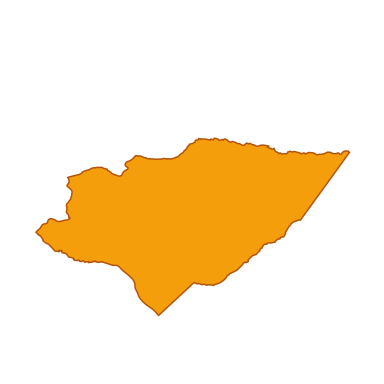 Cuando Cubango, Mercator projection, rotated 317°
{"feature_id": "AGO-1888", "entity_name": "Cuando Cubango", "entity_type": "Province", "adm_level": 1, "iso_a3": "AGO", "parent_name": "Angola", "parent_adm1": "", "projection": "mercator", "projection_center": [19.423, -15.802], "detail": "fine", "context": "isolated", "style": "filled", "palette": "amber", "viewbox_px": 384, "rotation_deg": 317, "n_neighbors": 0, "source": "natural_earth", "source_scale": "10m", "svg_char_len": 6011}
<svg xmlns="http://www.w3.org/2000/svg" viewBox="0 0 384 384"><g transform="rotate(317 192 192)"><path d="M276.0,206.2L277.8,208.4L279.3,210.7L277.9,210.7L278.3,211.3L278.7,213.0L279.5,213.9L279.7,215.5L281.1,215.9L281.7,216.2L281.7,216.7L281.3,217.3L280.9,218.0L280.7,218.8L280.7,219.5L281.8,221.9L281.7,222.9L281.8,223.2L282.6,223.3L283.1,223.6L283.4,224.9L283.6,225.5L287.2,228.4L287.7,228.6L288.0,228.6L289.1,228.3L289.3,228.1L290.0,228.6L291.1,228.8L291.5,229.2L291.8,229.8L292.9,231.4L293.8,231.7L294.2,231.9L294.5,232.3L297.5,237.0L297.9,238.2L298.3,238.8L298.9,239.1L300.2,239.5L300.7,240.1L300.8,241.2L301.0,241.6L301.7,241.7L304.2,242.7L304.8,243.2L306.6,245.2L307.4,246.3L308.0,247.5L308.5,249.5L308.8,250.1L309.4,250.6L310.7,251.2L312.3,252.7L313.4,253.5L315.9,254.6L317.8,255.1L318.4,255.4L320.2,257.3L320.4,257.8L320.7,258.9L321.5,260.2L322.5,261.4L323.5,262.2L325.3,262.9L325.7,263.4L325.9,264.1L325.8,265.4L326.3,265.9L327.0,266.1L329.1,265.7L330.4,265.8L331.6,266.3L332.5,266.9L333.3,267.9L334.2,268.7L333.9,269.3L333.9,269.8L334.2,270.4L297.2,277.7L253.0,286.3L252.2,286.5L252.0,286.4L251.3,285.5L250.1,284.9L247.7,284.1L245.9,283.1L245.2,282.9L243.5,283.0L242.9,282.9L242.2,283.0L241.5,283.3L240.8,283.5L240.1,283.2L232.5,285.3L232.0,286.4L230.6,286.7L229.4,287.2L228.3,287.3L227.4,286.4L226.2,285.8L225.5,285.6L225.2,286.0L224.9,286.2L224.2,286.1L223.5,285.8L223.2,285.4L222.6,285.0L221.1,284.9L219.5,285.0L218.4,285.3L217.9,285.0L216.7,284.1L215.3,283.4L213.2,281.3L212.2,280.9L211.1,281.2L209.5,279.8L209.0,279.6L207.1,279.9L206.6,279.6L205.2,280.8L204.2,280.4L203.1,280.4L202.2,280.6L201.6,281.2L201.3,280.8L200.7,281.1L200.1,281.2L199.0,281.2L196.6,281.4L194.8,280.8L193.2,279.9L186.7,279.9L186.5,280.1L185.8,281.2L185.1,281.1L183.3,280.4L183.0,280.1L182.6,279.3L181.8,279.1L180.8,279.2L178.5,279.7L171.4,279.8L164.9,277.9L164.2,277.4L162.4,277.6L160.7,277.3L159.8,277.5L158.4,278.0L155.0,278.2L149.6,277.2L145.9,275.4L144.3,275.0L143.8,274.5L142.9,273.4L140.6,270.9L139.4,270.3L139.0,269.9L138.8,269.5L138.5,268.4L136.3,266.6L135.8,266.3L135.7,265.8L134.2,263.1L133.1,262.7L133.1,262.3L132.4,260.6L131.9,260.2L131.7,259.6L83.4,259.5L83.5,252.3L81.6,242.9L81.2,238.6L81.3,235.7L81.6,233.0L82.1,231.5L83.8,227.4L84.7,223.8L87.3,220.6L88.0,219.4L88.5,218.1L89.1,215.6L88.9,210.4L87.8,202.1L87.7,196.7L87.3,195.4L86.7,194.1L86.0,193.4L84.1,191.6L78.8,182.1L77.7,181.1L75.4,179.5L74.7,178.5L74.2,176.5L73.4,176.8L73.1,176.4L72.7,175.5L72.4,175.3L71.1,175.3L69.1,173.6L68.3,173.2L68.3,172.9L68.9,172.4L67.5,171.4L67.1,171.0L66.0,170.3L65.6,170.2L65.6,169.9L65.8,169.4L65.6,168.3L65.3,167.8L64.0,167.5L63.4,167.1L62.9,166.6L62.7,166.1L62.9,165.1L62.9,164.7L61.6,164.2L59.8,162.1L59.4,161.4L59.3,160.7L59.5,160.4L60.1,160.0L60.2,159.7L59.9,159.4L59.7,158.6L59.2,157.9L58.8,157.2L57.9,156.1L57.6,155.4L57.6,154.5L57.9,152.1L57.8,151.1L57.3,150.2L55.8,148.2L55.6,147.8L56.4,146.1L56.8,146.0L56.7,145.7L55.9,145.2L54.2,145.0L54.8,144.1L53.7,143.9L52.7,143.2L51.9,142.4L51.5,141.4L51.5,137.9L51.6,136.9L51.5,134.6L51.6,133.0L51.3,131.9L50.6,130.6L50.4,130.0L49.8,126.2L49.9,125.7L50.0,125.5L50.5,125.3L50.6,125.0L50.9,122.6L51.2,121.1L50.4,118.2L50.4,117.8L50.7,117.1L50.7,116.5L50.3,115.3L51.1,114.9L51.5,114.8L55.3,115.0L57.2,114.8L58.5,114.2L59.9,113.9L61.0,114.1L61.8,114.4L63.2,115.3L64.0,115.7L64.9,115.8L65.8,115.5L67.0,114.8L68.1,114.4L69.1,114.5L70.0,114.8L70.5,115.1L71.1,115.9L72.4,118.0L72.7,118.9L73.2,120.9L73.7,121.9L75.4,123.5L77.6,124.8L79.0,125.4L81.4,127.1L82.5,127.6L83.6,127.9L84.3,128.1L85.0,128.0L84.6,127.2L84.6,126.7L85.8,125.0L86.1,124.2L86.2,123.6L86.1,122.0L86.3,121.1L88.5,119.6L89.8,118.0L91.0,116.1L91.6,115.7L92.6,115.3L93.0,115.2L94.5,115.3L96.4,114.6L96.9,114.5L97.9,114.7L98.3,114.6L100.3,113.2L101.2,112.8L102.8,111.4L103.6,110.9L103.9,110.6L104.8,109.4L105.1,108.5L105.0,104.7L104.7,103.6L104.7,102.7L105.1,101.9L108.6,101.1L109.9,99.9L110.6,98.4L111.1,96.7L112.4,97.2L121.9,102.5L123.2,102.8L124.3,102.9L125.2,102.7L126.7,103.0L131.9,105.4L133.6,106.0L134.9,106.3L135.8,106.7L138.4,108.8L138.8,109.0L139.5,109.2L140.0,109.7L140.4,110.5L141.9,111.5L142.9,112.7L143.2,113.2L143.2,113.8L143.4,114.3L143.9,114.9L144.3,115.8L145.0,116.7L145.4,117.3L145.4,117.7L145.1,118.3L145.0,118.8L145.7,120.4L145.8,121.3L146.1,122.1L145.9,122.9L146.1,124.3L146.5,125.0L146.9,126.1L147.5,126.9L147.9,128.0L148.6,128.8L148.8,129.7L149.9,131.1L151.4,131.8L151.9,131.8L154.8,130.7L156.2,130.6L157.8,130.7L160.6,131.4L161.4,131.0L161.7,130.3L161.2,128.4L161.2,127.5L161.5,126.7L162.2,126.1L163.2,125.6L164.4,125.5L165.7,125.8L167.6,126.7L171.1,127.4L174.5,127.0L175.8,127.1L176.5,127.9L177.5,129.5L178.6,130.3L179.3,131.2L180.1,133.7L180.4,134.2L181.1,134.8L181.7,135.8L182.1,137.3L182.4,137.7L182.8,138.1L183.9,138.9L184.3,139.3L185.0,140.4L186.0,141.2L188.0,143.5L190.3,145.3L191.0,146.3L191.7,146.6L192.1,147.3L193.1,147.5L194.5,148.5L195.6,150.1L197.6,151.8L198.6,153.1L202.0,155.1L204.0,155.7L205.5,156.5L206.0,156.7L207.8,156.5L209.2,156.5L212.4,157.1L214.2,156.6L217.2,156.6L217.8,156.8L218.0,156.7L218.6,156.2L219.5,155.8L220.2,155.8L221.4,156.0L221.7,155.9L222.3,155.5L222.6,155.4L223.3,155.6L225.2,156.8L226.7,157.3L228.3,157.5L228.9,157.2L229.2,156.8L229.6,156.5L230.5,156.9L231.8,158.0L232.5,158.1L233.3,157.5L234.2,158.6L234.3,159.2L234.5,159.5L234.8,159.4L235.0,159.5L238.5,163.2L239.3,164.6L240.4,165.8L240.7,166.5L241.3,166.2L241.7,166.1L242.0,166.4L242.4,166.8L242.7,167.9L243.2,168.4L243.9,168.1L245.0,167.9L245.9,169.0L247.2,171.5L247.2,171.8L247.0,172.3L247.2,172.7L248.3,173.5L249.6,174.1L250.1,174.6L250.2,175.4L251.1,175.2L251.8,175.3L252.4,175.9L253.2,177.8L253.6,181.1L254.2,182.0L255.6,182.3L256.0,182.6L256.8,184.0L257.6,185.1L258.1,187.0L258.5,187.7L259.8,189.3L260.8,192.2L261.9,193.3L263.1,193.5L264.3,193.3L265.5,193.7L265.9,194.4L265.9,194.9L266.0,195.3L267.0,195.5L267.3,195.8L268.1,197.5L268.3,198.4L269.4,199.7L270.5,202.4L270.8,203.1L271.4,203.5L273.6,204.4L274.9,205.2L276.0,206.2Z" fill="#f59e0b" stroke="#b45309" stroke-width="1.5"/></g></svg>